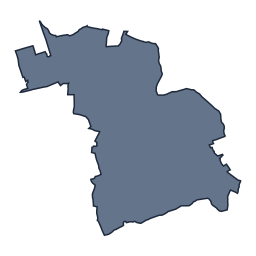 Boianu Mare, Bihor, Romania (Albers equal-area conic projection)
{"feature_id": "2599482B10353811537276", "entity_name": "Boianu Mare", "entity_type": "district", "adm_level": 2, "iso_a3": "ROU", "parent_name": "Romania", "parent_adm1": "Bihor", "projection": "albers", "projection_center": [22.513, 47.387], "detail": "fine", "context": "isolated", "style": "filled", "palette": "slate", "viewbox_px": 256, "rotation_deg": 0, "n_neighbors": 0, "source": "geoboundaries", "source_scale": "gbopen_adm2", "svg_char_len": 5648}
<svg xmlns="http://www.w3.org/2000/svg" viewBox="0 0 256 256"><path d="M227.9,205.6L227.7,200.6L227.8,198.8L227.7,197.7L227.6,196.9L227.9,195.8L229.8,191.4L230.4,190.1L233.1,191.1L236.0,192.4L236.7,192.9L237.5,193.3L238.0,191.9L238.2,190.3L238.4,188.4L239.1,187.1L239.1,185.0L239.7,183.2L240.6,181.3L240.5,180.7L239.7,180.5L238.1,180.2L233.4,176.7L227.8,172.5L227.1,171.7L227.6,171.3L228.8,170.5L230.2,169.9L228.7,167.4L226.4,164.2L223.5,166.0L221.6,163.9L220.1,160.4L220.2,158.3L219.9,158.3L220.4,157.6L221.8,156.5L221.5,155.6L222.9,155.1L222.5,154.4L217.5,156.0L216.1,154.6L214.3,153.0L214.1,151.3L213.5,151.1L212.4,148.6L212.2,147.5L211.2,147.5L210.5,147.7L209.3,144.9L211.8,144.2L213.5,143.6L213.2,143.1L213.0,142.5L212.6,141.1L212.6,140.7L216.3,139.6L221.5,137.6L224.9,136.4L225.1,135.8L224.3,134.3L224.0,133.2L223.8,131.6L223.7,130.3L224.1,129.2L224.3,128.0L224.2,126.4L223.8,125.1L223.2,124.0L221.8,122.6L221.3,121.5L221.2,120.4L220.8,118.5L220.8,116.8L220.6,114.1L220.1,113.5L219.5,112.2L218.8,111.1L218.4,110.7L217.5,110.4L216.5,109.5L214.9,108.6L213.4,107.1L211.4,105.2L209.5,103.5L205.7,100.1L203.4,98.1L201.6,96.5L200.6,95.2L199.7,94.2L198.7,93.4L197.8,93.0L196.6,92.3L195.6,91.4L194.6,90.4L193.8,89.9L193.1,89.8L192.0,89.8L190.7,89.6L187.6,88.8L186.2,88.6L184.6,89.2L182.2,89.9L180.0,90.5L176.5,91.6L174.8,91.7L173.0,91.7L172.1,91.7L170.9,92.3L169.3,93.0L168.1,93.5L167.1,94.1L165.7,94.5L163.1,95.2L161.6,95.1L159.9,95.1L158.8,95.1L157.6,94.8L157.2,93.8L156.9,92.8L156.1,90.9L156.2,89.6L156.3,88.0L156.3,86.9L157.6,83.4L160.3,78.4L161.9,75.3L162.2,73.5L161.3,71.2L160.9,67.3L160.6,66.0L159.9,64.7L159.1,63.3L158.9,62.0L158.6,60.8L158.7,59.5L159.1,57.9L159.2,57.1L159.0,55.9L158.6,52.6L158.4,51.2L158.3,50.5L158.3,50.1L158.4,49.5L158.4,48.4L157.6,46.8L157.2,46.2L156.7,45.4L156.0,44.2L155.6,43.9L155.4,43.8L155.3,43.6L152.8,43.5L151.5,43.1L150.9,42.9L150.0,42.4L149.4,42.1L148.7,41.9L148.2,41.9L147.7,42.0L146.6,42.3L146.0,42.3L145.1,42.1L144.5,42.1L144.0,41.9L143.6,41.8L143.3,41.5L142.9,41.4L142.3,41.2L141.9,41.3L135.6,39.1L130.8,37.0L125.8,34.4L127.6,31.4L123.9,31.3L123.5,32.8L122.5,35.5L121.8,37.4L121.5,38.2L121.4,39.0L121.8,39.7L121.7,40.4L121.5,41.4L120.8,42.3L120.4,43.4L119.9,44.2L119.2,44.8L118.3,46.0L117.5,46.0L113.2,46.2L108.3,46.5L106.3,46.7L106.1,45.7L106.2,44.9L106.4,43.0L106.5,40.8L106.7,38.1L106.8,37.2L107.0,36.6L107.4,35.8L107.7,35.0L108.1,33.9L108.3,33.4L108.4,33.0L108.6,31.7L108.8,30.7L102.6,29.1L102.5,29.7L100.3,29.4L97.6,28.7L94.8,28.3L93.4,28.1L90.3,27.4L88.1,26.9L87.1,26.5L87.1,25.8L85.6,26.6L85.1,26.8L83.7,27.1L83.0,27.4L82.5,27.6L81.7,28.3L81.0,28.8L79.5,29.5L78.7,30.4L78.4,31.0L78.0,31.5L76.5,32.4L74.4,33.7L73.5,34.4L71.8,35.1L70.9,35.4L69.8,35.8L68.9,35.6L68.2,34.9L67.1,34.7L65.7,35.0L63.2,35.3L60.3,35.9L58.1,36.4L56.3,36.8L55.9,35.7L55.7,35.5L53.8,35.4L52.8,35.0L51.1,34.3L49.3,32.8L49.1,31.8L47.9,29.5L46.8,28.4L45.5,27.7L44.8,27.2L43.5,26.0L42.5,25.1L41.3,23.5L40.7,22.2L39.3,20.7L43.5,33.0L45.8,39.2L50.8,55.6L49.9,55.8L49.6,56.3L49.3,56.6L48.9,56.7L48.0,56.7L47.4,56.6L47.1,56.4L47.0,55.4L46.8,54.5L46.6,53.8L46.1,53.3L45.6,52.7L45.2,51.7L39.5,53.5L35.6,54.8L35.1,52.9L34.6,51.0L33.9,48.8L33.5,47.7L33.5,47.3L33.3,46.6L32.9,45.8L24.0,48.3L15.4,50.9L17.1,55.7L17.7,57.9L18.2,59.7L18.5,62.4L18.9,65.5L20.9,71.3L22.9,77.4L23.8,77.1L24.1,77.2L24.4,77.5L24.8,79.0L25.8,81.6L26.0,81.5L26.7,80.9L27.2,80.3L27.6,80.3L27.6,80.6L27.8,81.1L28.0,81.6L28.2,82.0L26.5,84.3L27.0,86.1L27.8,88.4L23.9,89.5L21.8,90.5L21.1,91.3L20.4,92.3L20.8,92.3L21.2,92.2L21.6,92.1L22.0,92.1L22.8,92.0L24.7,91.6L26.8,91.0L27.8,90.8L31.0,90.0L32.5,89.5L36.7,88.6L43.1,87.2L47.2,86.5L48.5,85.9L50.7,85.0L52.1,84.4L57.2,82.3L58.1,82.0L58.6,82.8L60.5,85.6L61.6,84.7L62.3,84.1L62.8,83.8L63.3,83.6L63.8,83.5L64.5,83.5L66.5,83.6L68.6,83.2L68.5,83.5L68.4,83.7L68.3,84.0L68.1,84.8L68.0,85.6L68.0,87.0L68.2,88.4L68.2,88.9L68.1,89.5L68.1,89.8L68.0,90.4L67.9,92.1L67.8,93.1L67.7,94.1L67.7,94.7L74.1,94.7L74.3,106.5L73.5,110.3L73.3,112.4L73.8,113.7L76.6,114.1L79.9,114.7L85.8,116.6L88.5,119.7L89.4,122.3L90.9,126.6L89.8,127.5L88.8,128.5L91.7,129.0L94.3,130.4L95.7,130.9L97.4,131.2L98.9,131.4L99.7,131.8L94.9,141.1L96.9,142.5L96.8,144.0L96.9,145.9L95.3,146.3L94.0,146.1L93.6,146.1L93.2,146.6L92.8,147.2L92.0,147.3L91.6,152.5L92.5,152.7L93.9,153.1L95.0,153.3L96.1,158.2L96.8,160.5L97.8,163.2L98.6,165.4L98.7,166.7L98.9,168.1L99.4,169.3L100.1,170.6L101.0,174.4L99.4,175.2L97.6,176.0L95.3,176.5L94.3,178.4L92.6,179.0L91.0,179.2L90.8,179.7L91.0,180.2L91.3,181.0L91.7,181.8L92.4,182.8L92.7,183.1L94.0,184.2L95.2,185.2L94.5,188.5L93.6,190.7L92.4,194.0L92.5,197.2L93.0,199.3L93.4,204.2L93.4,205.9L97.1,206.9L96.8,210.4L96.7,211.8L96.9,214.2L97.3,215.5L97.8,218.1L97.3,220.4L98.2,221.1L98.6,221.8L100.0,225.0L101.2,227.8L102.0,230.1L104.4,235.3L106.2,234.8L108.0,234.5L109.6,233.7L111.6,232.4L114.2,230.0L116.3,229.3L119.1,227.7L121.6,226.5L123.5,225.4L123.4,224.0L123.3,222.7L124.0,221.7L124.6,221.4L125.5,221.4L126.3,222.6L127.6,222.4L129.1,221.9L130.8,221.7L133.0,222.0L134.1,221.5L134.8,221.4L136.7,222.5L137.6,222.7L138.8,223.0L140.9,223.3L145.5,220.6L145.8,220.2L148.1,219.6L149.8,218.6L152.8,217.5L157.1,216.0L159.4,215.2L161.3,215.2L162.4,215.0L164.7,213.9L166.5,212.8L168.0,211.6L175.8,209.1L181.3,205.8L185.1,205.8L188.3,205.7L189.1,205.7L190.6,204.7L191.8,203.8L192.7,202.8L193.5,201.7L194.8,201.4L195.4,201.0L196.9,199.9L203.1,198.9L206.0,198.5L207.8,198.3L208.9,198.8L209.7,199.8L210.5,200.8L211.0,201.9L211.3,203.0L211.5,203.8L212.5,205.1L213.4,205.8L214.4,206.5L215.3,207.1L216.3,207.8L217.7,209.4L219.5,211.0L221.6,211.3L226.7,210.0L227.2,209.8L227.7,206.3L227.9,205.6Z" fill="#64748b" stroke="#1e293b" stroke-width="1.5"/></svg>